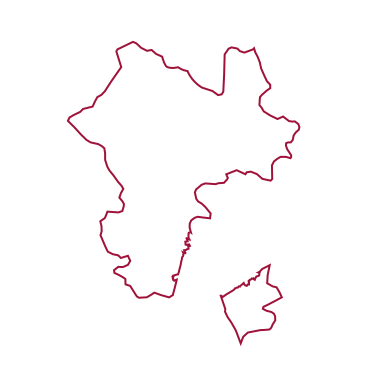 Rural Damascus, Rif Dimashq, Syria (Mercator projection), rotated 173°
{"feature_id": "27442178B80699161134092", "entity_name": "Rural Damascus", "entity_type": "district", "adm_level": 2, "iso_a3": "SYR", "parent_name": "Syria", "parent_adm1": "Rif Dimashq", "projection": "mercator", "projection_center": [36.292, 33.405], "detail": "fine", "context": "isolated", "style": "outline", "palette": "rose", "viewbox_px": 384, "rotation_deg": 173, "n_neighbors": 0, "source": "geoboundaries", "source_scale": "gbopen_adm2", "svg_char_len": 5575}
<svg xmlns="http://www.w3.org/2000/svg" viewBox="0 0 384 384"><g transform="rotate(173 192 192)"><path d="M198.0,152.0L198.7,156.9L198.1,160.9L196.3,163.8L194.6,164.9L192.1,166.2L189.2,166.7L188.2,166.4L184.4,165.4L177.3,163.7L176.1,168.4L180.8,175.8L184.0,179.5L187.1,181.9L188.6,184.7L189.2,191.2L187.7,194.0L181.6,198.0L177.8,198.9L167.6,196.9L164.7,197.5L159.2,197.2L155.7,200.1L154.7,201.7L155.4,203.6L155.8,205.4L145.0,208.2L136.8,203.1L135.4,204.9L131.1,205.0L125.4,201.9L120.6,196.5L112.6,193.7L110.8,195.1L109.4,208.7L106.9,212.4L103.9,214.2L99.9,216.1L94.4,215.4L90.2,213.6L89.3,214.6L89.1,216.4L92.3,222.9L93.1,226.6L92.6,229.0L90.7,229.5L87.9,229.2L85.6,231.5L84.2,235.8L81.6,238.6L78.5,240.7L77.5,243.3L78.2,246.5L81.3,249.5L84.5,249.8L87.1,250.6L92.4,255.8L98.3,254.0L100.6,255.6L102.5,256.8L105.0,258.4L111.0,263.3L112.7,267.3L114.5,270.1L113.0,277.9L110.5,280.1L105.4,283.6L101.7,285.5L101.3,289.0L104.1,292.8L105.9,298.2L108.3,306.1L108.9,312.6L110.4,318.3L112.2,323.0L112.9,327.1L114.1,326.1L123.0,324.0L127.3,326.0L129.4,328.8L135.1,330.7L138.2,329.8L142.8,324.6L145.8,304.6L148.7,287.8L150.6,285.3L154.3,285.0L159.3,289.7L169.3,294.4L170.2,295.1L171.0,295.8L171.9,296.6L172.7,297.4L173.3,298.0L174.1,298.9L174.8,299.7L175.5,300.6L176.2,301.5L176.9,302.4L177.5,303.4L178.1,304.3L178.6,305.3L179.2,306.3L179.7,307.3L180.2,308.3L180.6,309.4L181.0,310.4L181.4,311.5L181.7,312.6L182.9,313.0L183.5,313.2L184.2,313.5L184.8,313.7L185.5,314.0L186.6,314.6L187.7,315.3L188.7,316.0L189.2,316.4L189.8,316.8L190.7,317.6L191.5,317.5L192.2,317.4L192.9,317.4L193.5,317.4L194.2,317.4L195.0,317.4L195.7,317.4L196.3,317.5L197.0,317.6L197.7,317.8L198.4,317.9L199.1,318.1L201.5,319.1L202.6,320.4L204.0,324.1L205.2,330.0L210.8,333.4L214.8,337.9L219.4,337.6L224.8,341.2L229.2,346.4L232.3,348.2L248.5,342.7L249.7,341.3L249.9,340.4L247.0,324.6L258.7,311.6L266.3,302.5L270.2,299.4L274.4,297.7L277.6,293.2L280.2,288.9L290.0,287.7L293.1,285.2L300.6,282.6L304.6,280.8L306.5,277.7L300.8,270.5L295.2,262.6L290.4,256.6L286.6,253.6L279.1,250.9L276.0,248.6L273.7,246.1L273.5,241.2L274.3,234.4L272.9,227.2L271.2,223.2L267.9,218.0L264.1,211.0L261.2,206.8L259.8,203.5L262.7,199.5L264.8,195.3L262.1,191.1L261.0,188.3L261.7,185.6L263.5,181.6L267.5,180.7L278.3,182.8L281.6,176.8L286.6,174.1L286.0,169.4L286.4,164.1L288.1,160.2L287.7,159.0L285.3,150.6L284.3,147.3L282.8,143.0L279.5,140.8L278.4,140.0L272.9,138.1L270.7,135.2L263.4,136.5L261.7,131.2L264.4,127.5L269.8,125.9L274.3,126.7L278.9,123.9L278.9,121.2L275.2,118.9L270.8,115.7L268.7,113.7L269.1,110.5L269.2,108.4L264.8,106.3L259.5,95.1L257.5,93.5L249.6,93.0L244.6,95.2L241.7,96.7L235.4,93.5L227.5,90.2L223.5,92.1L223.3,92.8L222.4,95.1L221.1,98.2L218.4,105.2L218.0,106.3L217.8,106.9L218.6,106.7L219.5,106.4L220.5,106.1L220.7,106.6L221.0,107.4L221.4,107.3L221.6,108.2L221.6,108.3L221.3,108.4L221.4,108.7L221.4,109.2L221.8,110.2L221.8,110.3L221.7,110.4L221.3,110.5L221.1,110.4L220.8,110.5L220.7,110.5L220.8,111.3L219.8,111.4L217.4,111.9L216.4,111.9L215.8,112.0L214.6,114.8L214.1,116.2L213.6,117.4L212.6,120.0L212.2,120.9L212.0,121.4L211.9,121.7L211.8,122.1L211.7,122.7L211.6,123.0L211.3,124.0L211.2,124.2L211.0,124.6L210.3,126.5L210.2,126.7L210.0,127.6L209.7,128.4L209.6,128.6L208.9,129.2L208.8,129.4L208.7,129.5L208.5,129.8L208.4,130.3L208.3,130.5L208.3,130.8L208.2,131.2L208.1,131.5L208.0,132.1L208.0,132.4L208.0,132.5L208.2,133.1L207.9,132.9L207.4,132.4L207.0,132.3L206.4,132.2L206.1,132.1L206.0,132.4L206.1,132.5L206.2,132.9L206.3,133.5L206.9,135.1L206.5,135.1L205.9,135.2L205.0,135.3L204.7,135.3L204.4,135.4L204.3,135.5L204.2,135.6L203.9,135.8L203.7,135.9L202.4,136.0L202.3,137.6L202.2,138.6L201.8,138.7L201.1,138.7L200.9,138.7L200.6,138.8L200.7,139.0L201.0,139.8L201.3,140.4L203.0,140.3L203.6,140.3L203.6,140.2L203.7,140.3L203.9,140.3L204.6,140.5L204.8,140.6L204.8,140.9L204.7,142.9L204.7,143.5L204.2,143.5L203.9,143.4L203.6,143.5L202.9,143.6L202.3,143.6L202.3,143.9L202.4,144.1L202.6,144.7L202.8,145.7L203.1,146.7L202.9,146.8L202.7,146.7L202.3,146.6L201.7,146.2L200.2,145.1L200.2,145.3L201.1,146.0L200.9,147.5L200.9,148.9L200.5,150.6L200.6,151.2L200.5,151.4L200.1,152.0L198.3,152.3L198.0,152.0ZM176.1,85.6L173.2,71.7L173.8,69.2L172.0,63.7L168.7,57.3L165.4,49.3L162.1,35.8L158.8,42.1L153.7,45.7L140.8,46.6L137.5,46.3L131.8,46.1L129.9,47.6L128.1,50.7L126.5,52.6L125.0,54.5L124.7,58.4L125.4,61.1L127.8,63.2L132.6,65.1L135.9,67.4L135.0,69.4L130.9,70.7L115.7,76.5L117.3,81.6L119.7,87.1L123.5,88.5L128.5,92.3L127.0,100.4L123.8,109.9L131.8,107.0L131.9,106.9L134.2,104.9L134.5,104.7L136.0,104.1L135.5,103.9L135.0,103.5L134.8,103.4L135.2,102.7L135.2,102.1L135.3,101.9L135.4,101.5L135.5,101.1L135.8,100.8L136.2,100.7L136.9,100.5L138.4,100.3L138.7,100.0L138.9,99.6L139.4,99.0L139.7,98.7L140.0,98.0L140.4,97.2L140.9,97.6L141.3,97.9L141.5,98.5L141.6,98.9L141.9,98.9L142.2,98.8L142.5,98.6L142.8,98.5L143.1,98.5L143.4,98.7L143.7,98.3L144.2,98.0L144.7,97.8L145.0,97.9L145.3,97.8L145.5,97.5L145.9,97.2L146.4,97.1L146.7,96.7L146.2,96.0L146.3,95.7L146.6,95.2L146.5,94.9L146.5,94.6L146.6,94.3L146.6,93.9L146.7,93.2L146.8,93.2L147.0,93.3L147.6,93.5L147.8,93.5L148.0,93.5L148.2,93.3L148.3,92.9L148.6,92.6L148.8,92.4L149.0,92.2L149.4,92.2L149.8,92.4L150.1,92.6L150.8,93.2L151.0,93.4L151.2,93.6L151.3,93.8L151.5,94.2L151.6,95.1L151.7,95.4L154.1,93.8L156.1,92.5L156.1,92.4L157.1,92.6L157.3,92.5L157.5,92.2L157.8,91.8L157.9,91.7L158.6,91.5L159.3,91.6L159.5,91.5L159.9,91.4L160.1,91.3L160.6,91.2L160.8,91.2L161.1,91.1L161.3,90.7L162.7,89.6L170.1,86.3L174.3,84.1L174.9,84.7L175.6,85.5L175.8,85.6L176.1,85.6Z" fill="none" stroke="#9f1239" stroke-width="2"/></g></svg>